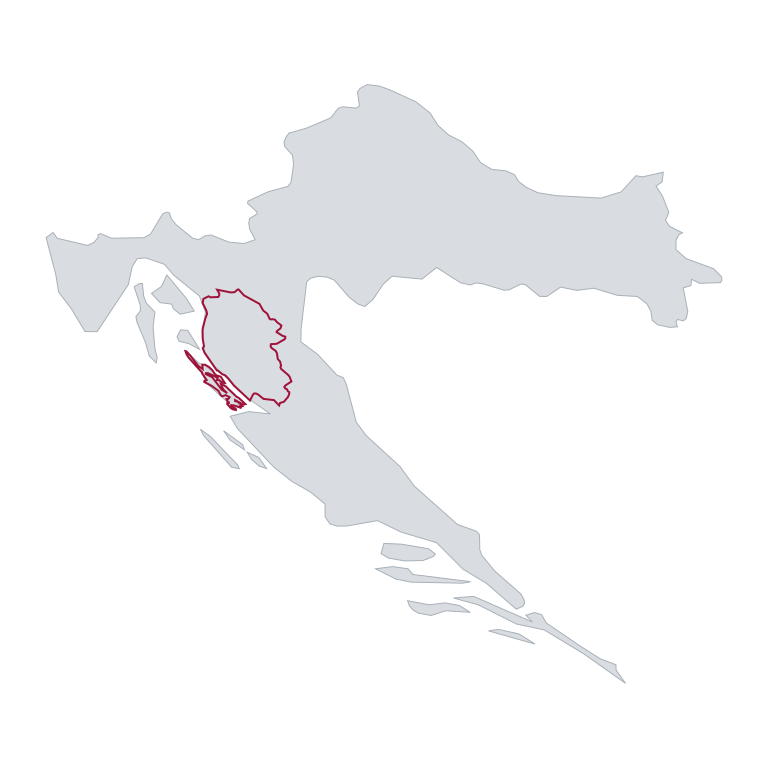 Licko-Senjska highlighted on a map of Croatia
{"feature_id": "HRV-1584", "entity_name": "Licko-Senjska", "entity_type": "County", "adm_level": 1, "iso_a3": "HRV", "parent_name": "Croatia", "parent_adm1": "", "projection": "natural_earth1", "projection_center": [15.249, 44.713], "detail": "medium", "context": "in_parent", "style": "outline", "palette": "rose", "viewbox_px": 768, "rotation_deg": 0, "n_neighbors": 0, "source": "natural_earth", "source_scale": "10m", "svg_char_len": 5572}
<svg xmlns="http://www.w3.org/2000/svg" viewBox="0 0 768 768"><path d="M53.1,232.5L57.3,238.3L87.5,245.4L94.1,242.3L98.1,237.5L98.1,234.5L100.7,233.6L111.3,238.2L143.9,237.7L150.5,234.1L162.8,213.8L166.8,212.1L169.4,212.9L171.4,218.9L176.0,224.6L192.5,238.1L198.7,239.7L204.7,236.0L211.0,235.0L228.9,242.1L244.0,243.5L255.2,239.7L249.6,228.9L248.8,223.4L249.5,218.6L257.2,213.8L256.8,211.7L247.5,203.3L248.0,201.1L268.3,191.7L287.8,186.4L291.0,182.3L293.6,164.6L292.5,155.2L284.6,146.4L284.1,141.9L285.9,137.3L289.0,133.1L306.0,128.3L330.7,117.9L338.2,108.3L342.7,106.8L356.5,108.1L359.5,105.8L357.5,92.0L360.0,88.5L367.1,84.6L379.3,86.1L389.4,89.7L415.9,101.8L430.1,113.0L438.0,125.4L448.7,135.0L462.1,141.9L472.8,151.1L480.7,162.8L491.7,169.4L505.8,170.8L514.7,174.8L518.5,181.4L526.3,187.4L537.8,192.7L555.8,195.6L601.1,198.1L621.1,191.9L636.0,175.7L642.4,176.9L663.3,172.2L662.1,181.8L656.0,186.1L662.5,196.1L668.8,212.3L665.5,220.3L669.7,226.5L682.5,232.8L679.0,234.6L676.1,239.9L675.9,249.6L686.2,258.7L713.6,268.7L721.7,276.8L721.9,280.2L720.5,282.6L699.6,283.3L691.6,279.2L690.8,285.7L683.2,287.8L687.8,311.6L686.2,318.5L683.4,320.8L677.5,319.5L676.0,321.8L677.4,326.8L669.8,327.4L657.7,324.8L652.1,320.2L650.9,311.1L647.0,303.9L637.3,296.5L617.2,295.3L593.8,288.2L576.8,290.4L560.6,287.1L546.7,296.5L539.6,296.4L525.4,284.7L521.1,284.0L508.9,289.9L503.9,290.2L483.3,283.9L475.8,282.9L470.3,285.0L460.4,282.7L436.6,267.5L422.0,279.1L392.1,276.2L383.2,284.2L373.1,299.3L364.9,306.5L357.7,303.9L349.2,297.3L334.3,280.1L326.9,277.1L318.2,276.3L310.7,278.2L306.7,281.7L301.1,328.7L300.9,341.9L317.5,354.2L337.0,375.2L343.3,377.6L346.4,384.6L356.3,422.3L366.2,435.6L400.0,466.5L414.3,486.1L457.5,524.5L476.5,531.3L479.5,534.9L479.8,549.8L481.9,555.4L494.7,571.0L520.8,593.9L523.8,599.2L524.7,603.1L523.0,606.1L516.3,609.2L486.4,583.3L463.0,569.2L436.6,542.7L401.4,532.2L377.5,520.6L347.0,526.0L337.2,526.1L330.1,524.0L325.1,516.8L325.0,504.0L311.0,492.4L291.9,481.4L273.8,467.1L237.5,428.6L230.2,416.2L248.9,411.6L270.4,414.0L247.2,397.7L213.9,365.7L204.0,350.6L202.9,334.3L205.4,311.9L199.4,296.0L173.9,275.3L164.6,264.4L145.7,257.9L137.3,258.6L132.2,266.6L128.4,284.5L97.1,331.7L85.0,331.5L71.5,309.0L58.6,292.0L55.7,274.1L46.1,237.6L53.1,232.5ZM615.9,664.7L616.1,670.1L625.6,683.4L583.7,653.8L544.2,629.9L516.4,624.0L478.3,604.8L453.5,598.0L473.7,596.4L532.5,622.1L525.9,615.2L534.3,612.6L541.5,614.5L546.2,622.9L579.3,645.5L600.4,658.9L615.9,664.7ZM157.1,357.4L156.2,363.0L149.2,355.9L145.7,343.0L137.0,322.3L135.9,316.5L140.5,310.7L140.2,304.9L134.1,286.7L139.3,283.7L142.4,283.4L143.6,296.0L146.4,303.2L154.9,312.1L153.1,326.8L154.8,347.8L157.1,357.4ZM194.3,311.1L180.1,314.2L173.4,308.7L171.6,304.1L160.0,302.6L151.5,293.4L161.5,286.4L166.9,275.0L186.2,298.2L194.3,311.1ZM423.0,560.5L404.7,560.9L388.8,558.2L381.0,553.7L383.9,543.4L401.6,544.2L428.7,548.8L435.3,554.1L433.3,556.5L423.0,560.5ZM470.6,581.7L462.5,583.2L410.9,582.1L395.8,579.1L375.6,568.8L392.5,566.6L408.1,568.8L412.9,574.5L470.6,581.7ZM237.8,404.7L234.8,408.6L206.0,382.8L202.8,374.2L188.5,356.7L186.4,351.9L199.4,363.5L204.3,364.5L216.8,375.7L229.1,390.1L243.7,402.6L237.8,404.7ZM407.6,600.7L429.1,604.8L444.9,602.9L459.1,605.4L470.2,612.3L445.7,610.8L431.0,615.5L418.0,613.0L413.0,609.9L409.5,606.0L407.6,600.7ZM237.8,465.1L239.3,468.7L231.7,467.3L203.5,435.4L200.4,429.2L210.5,436.6L237.8,465.1ZM187.8,330.4L199.6,349.4L188.8,343.6L179.1,341.3L177.0,337.0L180.5,329.9L187.8,330.4ZM519.1,634.0L535.1,644.1L488.5,630.9L498.6,629.4L519.1,634.0ZM258.9,457.6L266.6,468.5L259.3,466.2L251.7,459.5L247.2,452.2L258.9,457.6ZM242.7,444.7L244.5,449.8L230.1,440.1L223.6,430.7L242.7,444.7Z" fill="#d9dde1" stroke="#a8b0b8" stroke-width="1"/><path d="M250.0,400.5L234.0,385.6L228.5,378.7L225.3,375.4L222.1,374.1L217.9,370.6L216.9,370.5L204.7,353.0L202.7,348.1L204.0,346.3L202.7,338.6L202.5,330.5L202.8,328.0L205.2,318.8L207.1,313.8L206.3,310.5L202.5,302.6L203.1,301.6L203.1,299.7L203.5,298.8L208.6,296.3L210.6,297.3L218.3,297.0L219.2,295.4L219.3,293.6L217.1,289.7L230.6,292.4L234.5,292.2L237.4,289.7L238.5,289.4L244.0,295.4L259.5,303.9L263.1,310.4L267.3,313.8L269.6,318.8L270.6,319.4L272.8,319.2L275.0,319.7L276.9,322.1L281.4,325.5L280.5,328.3L276.8,331.2L276.6,332.1L282.3,335.7L285.3,336.7L285.2,338.5L284.5,339.3L276.7,343.8L270.9,344.2L270.6,346.0L271.0,347.2L272.1,348.4L275.6,350.8L276.9,353.1L277.8,359.1L280.1,361.6L281.1,365.8L280.4,367.2L281.0,368.8L287.9,374.7L289.6,376.7L291.4,381.5L285.5,385.4L284.3,387.0L285.1,388.3L287.1,389.4L287.9,391.3L289.2,392.1L289.3,393.7L288.1,396.8L284.0,401.7L280.0,403.0L279.1,405.5L274.0,400.1L263.5,398.9L258.0,394.4L255.8,393.4L253.9,393.6L253.0,394.6L250.0,400.5ZM201.9,372.0L200.6,371.0L188.6,357.6L186.6,354.4L185.4,351.1L186.3,351.3L190.7,356.0L198.3,366.0L202.7,369.1L202.3,364.8L205.0,364.7L209.0,367.0L212.2,370.0L214.8,373.9L216.5,375.4L220.8,376.7L224.8,383.0L222.5,382.7L219.3,380.3L216.9,380.1L217.7,378.0L213.0,375.4L207.8,373.1L205.8,373.1L205.8,374.1L212.2,377.2L221.6,389.6L227.2,393.1L223.6,389.8L222.0,387.2L220.9,384.1L225.7,386.3L236.4,396.6L239.0,398.1L245.4,404.1L243.2,404.6L235.1,400.1L235.1,401.1L237.2,401.5L241.0,404.4L242.3,406.1L239.9,406.1L240.4,407.4L241.5,408.1L233.9,405.4L231.2,405.2L231.2,406.1L235.9,409.1L235.9,410.0L233.3,409.5L230.9,408.2L227.2,404.1L227.2,403.2L228.8,403.2L228.8,402.1L227.3,401.0L226.4,399.1L228.4,398.9L229.6,397.2L225.6,395.1L222.7,396.2L221.7,396.1L220.5,394.8L218.5,390.9L211.3,385.6L204.3,382.0L204.3,381.1L206.7,380.1L202.0,373.2L201.9,372.0Z" fill="none" stroke="#9f1239" stroke-width="2"/></svg>